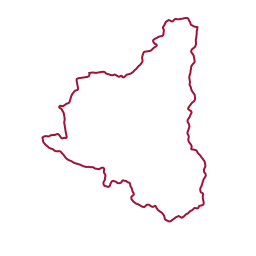 Santa Cruz del Seybo, El Seybo, Dominican Republic (orthographic projection), rotated 80°
{"feature_id": "3306468B51823501845904", "entity_name": "Santa Cruz del Seybo", "entity_type": "district", "adm_level": 2, "iso_a3": "DOM", "parent_name": "Dominican Republic", "parent_adm1": "El Seybo", "projection": "orthographic", "projection_center": [-69.057, 18.747], "detail": "fine", "context": "isolated", "style": "outline", "palette": "rose", "viewbox_px": 256, "rotation_deg": 80, "n_neighbors": 0, "source": "geoboundaries", "source_scale": "gbopen_adm2", "svg_char_len": 5740}
<svg xmlns="http://www.w3.org/2000/svg" viewBox="0 0 256 256"><g transform="rotate(80 128 128)"><path d="M106.4,56.6L104.8,57.6L102.3,58.7L101.4,58.9L98.5,59.1L96.4,59.8L95.7,59.8L94.3,59.2L93.5,59.0L89.4,58.9L88.3,58.8L87.5,58.5L84.1,56.8L82.3,56.4L80.7,55.7L79.2,55.3L78.4,55.0L77.1,53.9L75.9,52.6L75.0,51.3L74.4,50.9L72.7,50.7L68.2,50.8L67.3,51.0L64.3,52.5L63.6,52.5L62.8,52.2L61.8,51.6L60.7,49.7L60.2,48.6L59.6,47.8L59.0,47.4L57.2,46.5L56.1,46.2L53.7,46.1L52.9,45.9L51.0,45.1L49.2,44.7L47.8,44.1L44.9,43.6L43.3,42.9L40.8,42.1L40.4,43.1L39.7,45.0L37.4,47.9L36.8,48.2L34.7,48.4L33.1,49.1L31.3,49.5L30.6,49.8L30.0,50.6L29.8,51.1L29.7,52.0L29.8,57.4L29.7,59.5L29.5,60.6L28.9,61.9L28.9,62.4L29.0,62.9L29.2,63.4L30.5,65.1L30.7,65.6L30.7,66.1L30.4,66.9L29.2,68.3L28.8,69.2L29.8,71.8L30.3,72.4L31.0,73.1L32.4,73.8L34.8,76.0L35.2,76.1L35.7,76.2L37.2,75.7L38.5,75.8L40.1,76.4L41.9,76.8L42.3,77.1L42.7,77.4L43.2,78.0L43.3,78.5L43.4,81.3L43.6,82.4L44.2,83.7L44.8,86.0L45.6,87.5L45.9,87.9L46.3,88.1L46.8,88.2L47.9,88.0L49.7,86.9L50.4,85.8L50.9,85.4L51.3,85.3L51.5,85.3L52.1,85.7L52.3,86.0L53.8,89.2L55.3,91.3L55.7,92.0L55.9,93.4L55.8,98.1L55.9,98.9L56.2,99.3L56.5,99.6L57.9,100.5L60.5,101.7L61.3,101.9L64.2,102.0L65.1,102.3L65.8,102.8L67.4,104.5L68.0,105.2L68.9,106.9L71.2,109.6L72.1,111.3L73.6,113.2L74.8,115.5L75.0,116.6L75.2,119.0L75.3,119.9L75.7,120.6L77.0,122.4L77.3,123.1L77.3,123.9L77.0,124.5L76.6,124.7L75.7,125.0L75.5,125.3L75.4,125.9L76.0,127.4L75.9,128.1L75.5,128.8L73.7,130.8L73.1,131.7L73.1,132.4L73.4,133.7L73.4,134.1L72.7,136.1L71.9,137.4L71.4,138.6L70.4,140.2L68.9,141.3L68.4,142.2L68.2,143.6L68.2,149.7L68.0,150.8L67.4,152.2L67.2,153.3L67.1,156.6L68.4,156.6L69.2,156.9L70.0,157.4L70.4,158.2L70.6,159.1L70.6,160.1L70.4,168.3L70.5,169.1L70.7,169.7L71.1,170.1L71.7,170.3L72.6,170.4L80.2,170.3L80.7,170.4L81.3,170.6L81.5,170.8L81.8,171.5L82.0,173.2L82.4,174.2L83.4,175.3L85.1,177.1L86.5,178.2L92.0,180.9L92.7,181.5L93.0,182.0L93.2,182.5L93.5,184.7L94.2,185.8L94.6,187.0L95.2,188.0L95.2,188.7L94.6,189.9L94.4,190.8L94.5,191.5L95.1,192.0L95.6,192.1L96.2,191.9L96.6,191.6L97.3,190.5L98.2,190.0L99.9,189.5L101.3,188.9L102.7,188.7L106.4,188.7L108.2,188.8L109.1,189.0L110.7,189.7L111.7,189.9L120.8,190.0L125.4,189.9L126.0,189.9L126.7,190.2L126.9,190.4L127.1,190.8L127.1,191.2L126.6,192.4L126.6,192.8L126.8,194.3L126.7,194.9L126.1,195.5L122.7,197.1L122.0,197.8L121.7,198.6L121.7,199.6L122.2,201.4L121.8,203.2L121.7,204.6L121.8,205.5L122.4,206.9L122.5,207.6L122.4,208.3L121.9,209.4L121.8,209.9L121.7,210.7L121.7,211.6L121.9,212.7L122.5,213.9L125.9,213.9L126.7,213.8L127.5,213.6L130.0,212.3L132.5,210.1L133.7,209.2L134.0,208.9L134.9,207.5L135.7,205.9L136.3,205.2L137.3,204.6L138.3,203.0L138.6,202.0L138.9,199.6L139.1,199.1L139.4,198.7L140.0,198.2L141.3,197.5L143.1,196.2L146.6,194.5L147.5,193.9L149.2,192.1L149.7,191.4L150.6,189.8L153.0,187.1L154.3,184.6L154.8,183.4L156.0,181.2L157.7,179.0L158.8,176.7L159.1,175.9L159.4,173.5L160.1,171.6L160.5,169.3L160.8,168.8L161.9,167.9L162.4,167.1L162.8,165.6L163.4,164.2L163.5,163.7L163.4,163.0L162.8,161.7L162.6,160.7L162.6,160.1L162.7,159.6L163.2,159.0L163.8,158.6L164.6,158.5L166.3,159.3L167.4,159.4L168.2,159.3L169.7,158.6L171.1,158.5L171.8,158.7L173.2,159.4L175.0,159.8L175.7,160.3L176.9,161.4L177.7,161.7L178.5,161.8L179.3,161.8L179.8,161.7L180.7,161.3L181.7,159.5L182.4,158.0L182.6,157.6L182.5,157.1L182.2,156.4L181.4,155.7L180.7,155.3L179.5,154.7L178.4,153.8L177.7,153.0L177.6,152.7L177.5,151.9L177.6,151.4L178.7,149.5L179.3,148.7L180.4,147.9L180.6,147.5L180.8,146.5L180.8,145.7L180.6,144.4L180.4,144.0L179.5,143.3L178.9,142.7L178.7,142.3L178.7,141.8L179.3,140.9L179.7,139.5L180.0,139.0L180.4,138.5L181.5,137.6L182.0,136.5L182.2,136.1L182.9,135.8L183.3,135.7L185.8,135.6L186.3,135.5L187.9,134.8L191.5,134.5L192.0,134.3L193.0,133.8L193.8,133.7L194.3,133.8L194.9,134.2L195.3,134.8L195.8,135.9L196.1,136.3L196.7,136.7L197.2,136.9L198.1,136.9L198.6,136.9L199.1,136.7L201.3,135.5L202.2,134.8L203.8,133.2L204.2,132.6L204.8,131.4L205.3,130.7L207.7,128.0L208.6,126.1L208.6,125.6L208.5,125.2L207.1,123.3L206.9,122.7L206.9,121.9L207.1,121.1L207.3,120.7L209.4,118.5L209.9,117.6L210.0,117.1L209.9,116.6L209.5,115.6L209.4,115.2L209.5,114.6L210.1,114.2L211.5,113.9L213.8,112.8L214.7,112.1L217.4,109.4L218.5,108.7L220.8,107.6L223.8,107.5L224.5,107.3L224.9,107.0L226.9,104.3L227.1,103.8L227.2,103.2L227.2,102.4L227.1,101.9L225.9,99.6L225.2,98.3L224.1,96.0L223.5,93.3L225.4,91.1L225.7,90.6L225.6,90.1L224.6,88.0L223.1,86.0L222.9,85.5L222.4,83.7L220.8,81.4L220.6,80.9L220.2,79.4L220.0,78.9L218.6,76.9L218.4,76.4L218.4,75.9L219.1,74.1L219.2,73.4L219.1,72.9L218.7,72.4L217.6,71.9L217.3,71.6L217.1,70.9L217.0,68.9L216.8,67.8L216.4,67.1L216.0,66.8L215.2,66.5L214.4,66.4L210.5,66.5L208.8,66.4L208.0,66.2L206.7,65.6L206.2,65.5L205.7,65.6L205.3,65.8L204.8,66.3L204.2,67.2L203.8,67.4L203.1,67.6L202.2,67.6L200.6,67.5L199.6,67.0L197.6,65.5L191.9,62.6L191.0,61.9L189.4,60.3L188.5,59.7L187.7,59.6L186.9,59.6L186.4,59.7L184.9,60.5L184.1,60.6L183.0,60.6L182.2,60.5L181.7,60.2L179.9,58.9L179.2,58.5L177.8,58.3L175.3,58.3L174.5,58.4L173.7,58.6L167.2,61.9L164.9,63.5L164.4,63.7L162.9,64.1L162.2,64.4L161.7,64.9L161.5,65.4L160.5,67.4L160.2,68.8L160.0,69.2L159.8,69.3L159.1,69.3L157.7,68.6L156.6,68.5L155.6,68.7L152.5,70.4L151.4,70.6L150.3,70.7L149.5,70.6L149.0,70.4L147.7,69.8L146.6,69.6L145.6,69.8L144.3,70.3L143.6,70.4L143.1,70.3L141.0,69.3L139.8,68.5L137.7,67.5L137.0,67.2L135.9,67.2L134.8,67.3L134.0,67.5L132.9,68.1L132.4,68.2L131.6,68.2L130.8,68.0L129.9,67.4L127.7,65.3L126.1,64.4L124.4,63.0L123.6,62.7L123.1,62.7L122.4,63.0L120.5,64.9L119.9,65.3L119.4,65.4L118.9,65.3L117.9,64.5L114.8,61.2L114.1,60.3L113.3,58.7L112.6,57.9L112.0,57.4L111.4,57.0L110.5,56.8L106.4,56.6Z" fill="none" stroke="#9f1239" stroke-width="2"/></g></svg>